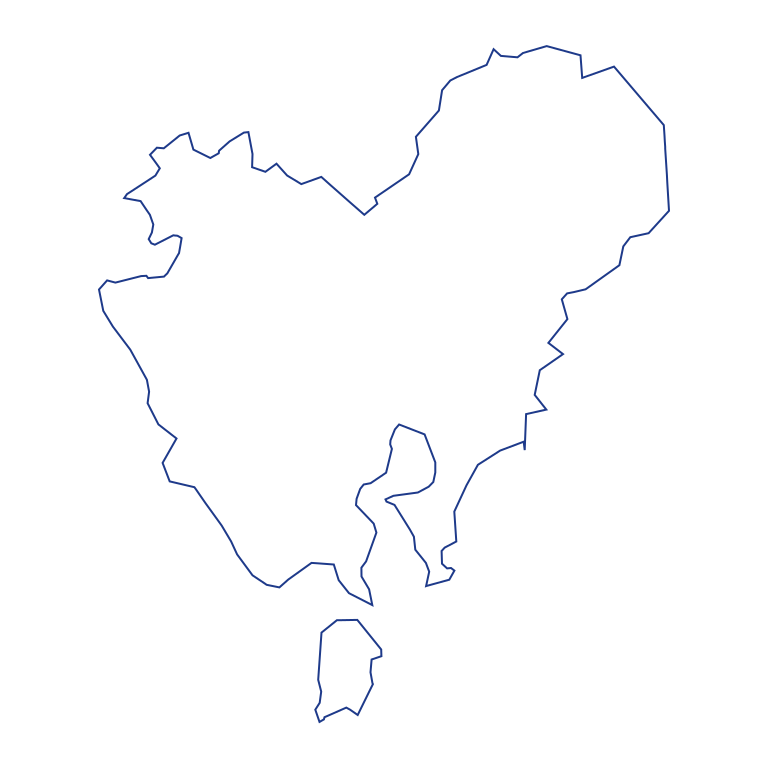 Dorchester, Maryland, United States of America
{"feature_id": "52423323B10442929932087", "entity_name": "Dorchester", "entity_type": "district", "adm_level": 2, "iso_a3": "USA", "parent_name": "United States of America", "parent_adm1": "Maryland", "projection": "mercator", "projection_center": [-76.061, 38.409], "detail": "fine", "context": "isolated", "style": "outline", "palette": "blue", "viewbox_px": 768, "rotation_deg": 0, "n_neighbors": 0, "source": "geoboundaries", "source_scale": "gbopen_adm2", "svg_char_len": 2526}
<svg xmlns="http://www.w3.org/2000/svg" viewBox="0 0 768 768"><path d="M450.3,80.5L442.1,90.2L438.9,110.5L415.9,136.8L418.3,154.1L409.1,174.3L375.0,197.6L377.3,203.8L375.9,205.0L364.3,214.8L350.1,202.4L330.7,185.3L321.3,176.9L301.3,184.1L287.1,175.5L276.5,163.7L265.4,171.8L252.1,167.2L252.5,154.0L248.4,132.1L243.9,132.6L229.6,141.4L219.1,150.7L218.7,153.3L210.3,158.0L193.4,149.6L188.5,132.8L179.7,135.5L163.8,148.3L156.9,147.7L150.0,154.8L156.3,163.4L159.8,168.3L155.4,175.6L139.8,185.8L127.0,194.1L124.2,198.1L140.6,201.1L146.7,210.2L149.9,214.8L153.3,224.5L151.9,232.5L148.7,239.1L151.3,243.3L154.9,244.7L173.3,235.3L175.6,235.6L176.3,235.6L177.6,235.8L181.6,238.1L180.0,247.6L179.0,253.2L178.4,254.1L167.3,273.4L165.6,275.0L164.0,276.6L148.1,278.1L146.4,275.8L141.1,276.1L115.4,282.6L107.1,280.4L99.0,289.5L102.9,309.0L103.3,310.9L112.9,326.6L130.3,349.7L146.9,379.8L149.1,391.7L147.6,403.2L158.4,424.4L176.5,438.5L162.6,462.9L169.7,481.4L194.4,487.2L196.0,489.4L199.3,494.2L205.6,503.3L220.2,523.5L221.7,525.6L229.9,539.4L231.1,541.4L237.1,554.4L252.5,575.3L265.5,584.0L266.6,584.8L279.4,587.4L288.2,579.6L311.5,562.9L316.1,563.2L333.8,564.5L338.7,580.2L349.0,593.2L372.3,605.1L369.1,589.3L361.5,576.5L361.4,567.7L366.1,561.4L376.4,532.6L373.7,523.6L356.0,505.1L356.6,498.8L360.2,488.9L363.7,484.5L370.6,483.2L386.1,472.7L391.9,448.9L390.2,444.4L390.5,440.4L394.9,429.4L399.1,424.5L424.6,434.4L435.3,462.4L435.3,472.5L433.3,482.0L428.7,486.7L417.9,492.5L393.4,495.8L385.5,499.4L386.5,501.6L394.5,504.9L409.8,529.4L412.1,533.5L413.9,536.7L415.3,549.7L425.9,562.9L429.2,571.7L426.1,586.1L426.7,585.9L449.3,579.7L454.4,570.6L451.0,568.0L447.1,568.4L442.0,563.7L441.6,551.0L444.7,547.6L456.3,541.5L454.3,511.6L466.5,485.3L477.9,464.8L500.1,450.6L523.7,441.7L523.7,441.8L524.7,450.1L526.1,414.1L546.3,409.6L534.7,394.9L539.8,370.2L563.0,354.1L548.4,342.9L567.4,319.1L561.8,299.3L567.1,293.4L573.8,292.1L585.6,289.3L619.4,265.2L623.3,246.4L630.3,237.2L648.6,233.2L669.0,210.8L667.3,182.8L666.9,174.8L665.2,148.7L665.2,146.9L664.8,141.2L664.5,135.6L663.8,125.1L614.0,66.6L582.2,77.9L580.5,55.3L546.7,46.1L523.0,53.0L517.5,57.3L500.9,55.9L493.6,49.2L486.6,64.9L457.1,77.0L450.3,80.5ZM372.9,684.1L372.5,683.3L372.4,682.9L370.5,672.3L371.6,659.5L381.4,656.2L381.2,649.5L357.3,619.9L340.2,620.2L336.9,620.2L321.5,632.6L318.2,679.8L321.2,691.6L319.8,702.0L319.7,702.8L315.3,709.7L319.5,721.9L323.9,719.4L324.5,717.2L328.2,715.6L346.3,707.6L350.1,709.7L357.7,715.0L372.9,684.1Z" fill="none" stroke="#1e3a8a" stroke-width="2"/></svg>